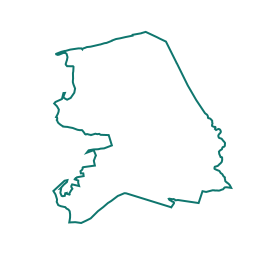 Santa María Cortijo, Oaxaca, Mexico (Natural Earth projection), rotated 254°
{"feature_id": "50627088B48919250536034", "entity_name": "Santa María Cortijo", "entity_type": "district", "adm_level": 2, "iso_a3": "MEX", "parent_name": "Mexico", "parent_adm1": "Oaxaca", "projection": "natural_earth1", "projection_center": [-98.318, 16.434], "detail": "fine", "context": "isolated", "style": "outline", "palette": "teal", "viewbox_px": 256, "rotation_deg": 254, "n_neighbors": 0, "source": "geoboundaries", "source_scale": "gbopen_adm2", "svg_char_len": 4378}
<svg xmlns="http://www.w3.org/2000/svg" viewBox="0 0 256 256"><g transform="rotate(254 128 128)"><path d="M39.8,147.7L42.9,151.4L43.5,151.6L44.2,151.5L44.6,151.0L45.3,150.0L46.0,149.5L46.7,148.8L47.1,148.3L47.9,147.8L48.5,147.7L48.4,148.3L48.6,148.4L47.3,151.1L47.1,152.3L46.2,153.3L45.4,153.7L45.0,156.2L36.4,175.2L46.7,182.2L45.0,185.5L44.8,192.2L44.3,193.8L44.1,194.0L43.7,195.2L43.4,196.4L43.0,197.3L42.7,198.5L42.7,199.3L42.8,200.0L42.9,201.4L42.9,202.5L43.3,203.2L44.0,204.1L44.2,204.9L43.8,206.6L42.0,210.7L43.1,210.5L43.9,210.3L44.7,210.2L45.9,209.7L47.3,208.9L47.8,208.3L48.7,207.9L49.4,207.2L50.2,206.9L51.6,207.1L52.7,207.1L53.8,207.5L55.1,206.6L56.2,206.2L57.2,206.1L58.1,205.6L59.1,204.7L60.2,204.4L61.3,204.1L62.0,203.5L62.5,202.7L63.0,202.1L63.9,201.0L64.8,200.0L65.5,200.0L66.4,200.4L66.8,200.8L66.8,201.9L66.8,202.9L66.8,203.8L67.2,204.5L67.4,205.0L67.8,205.6L68.2,206.4L68.4,207.0L69.0,207.9L69.5,208.7L70.5,209.3L71.5,209.8L72.5,210.0L73.5,210.3L74.0,210.2L74.3,209.8L74.5,209.0L74.7,208.9L75.3,208.9L75.9,208.9L77.6,208.6L78.1,208.6L79.3,208.8L80.2,208.9L80.4,209.2L81.1,210.4L81.4,211.5L81.7,212.4L83.2,213.4L83.5,213.9L83.5,215.0L83.6,215.4L83.9,215.9L84.7,216.4L85.5,216.6L86.4,217.0L87.1,217.1L87.5,216.9L88.4,216.6L89.3,216.1L89.9,215.8L90.5,215.6L91.1,215.4L92.0,214.9L93.3,212.9L94.0,212.6L94.5,212.6L95.5,212.6L96.3,213.1L96.9,213.8L97.4,214.5L97.5,215.0L97.8,215.3L98.4,216.0L99.2,216.3L100.2,216.2L100.8,216.1L101.5,215.7L102.1,214.9L102.0,213.1L101.8,212.1L103.1,211.3L103.6,211.7L104.6,212.3L105.0,212.1L105.5,210.8L106.1,210.1L106.6,209.5L107.4,209.5L108.1,209.8L109.1,210.5L110.3,210.5L111.7,210.9L112.5,210.6L113.5,210.1L114.3,209.6L114.9,208.9L115.3,208.0L115.8,207.7L116.3,207.8L117.2,208.0L118.1,207.9L119.0,207.6L121.0,206.1L136.0,201.3L152.3,197.2L176.6,192.8L176.8,192.7L177.0,192.6L177.4,192.6L200.6,188.3L205.3,183.0L207.1,181.1L215.5,171.5L215.5,167.2L215.4,166.8L216.3,158.1L215.5,157.9L215.6,156.6L216.1,150.7L216.4,145.0L216.8,141.3L216.8,140.7L216.5,136.8L216.3,136.7L215.7,130.7L215.8,130.3L216.0,128.6L215.9,124.5L216.0,123.8L216.4,115.9L216.5,114.3L217.1,110.9L217.1,110.5L216.9,108.9L216.8,106.7L216.5,106.0L216.2,105.8L217.4,105.1L218.2,102.2L219.3,94.0L219.3,88.1L219.5,88.1L219.6,85.8L219.6,84.7L219.1,79.4L218.6,79.3L217.7,80.5L217.5,81.7L217.7,83.7L218.0,86.4L217.7,87.6L217.4,88.6L216.1,89.4L212.8,89.4L209.9,87.9L209.1,87.3L208.8,87.1L206.6,85.7L206.0,85.7L204.2,86.5L203.9,87.6L203.7,88.2L203.4,89.1L203.3,89.5L203.0,90.4L202.9,90.7L202.8,91.3L202.5,92.2L201.9,92.5L200.1,91.9L197.5,91.0L195.9,90.2L192.5,89.3L190.5,88.8L190.4,88.7L188.2,87.9L187.1,87.6L184.7,87.6L183.9,87.7L180.5,88.0L176.9,86.2L176.6,86.0L176.4,85.7L175.0,84.0L174.6,83.5L172.8,81.3L172.7,81.2L172.0,77.3L173.0,76.2L174.5,74.8L176.2,74.7L179.1,77.0L179.4,75.6L174.1,72.5L173.9,71.6L173.9,71.4L173.0,65.4L171.9,63.8L168.5,65.7L164.8,66.6L162.7,65.7L160.9,64.4L158.4,62.0L158.3,61.9L158.1,62.2L157.7,62.7L156.2,62.5L155.8,62.2L155.3,61.7L154.2,62.0L153.8,62.1L153.2,62.1L152.7,62.2L152.1,62.4L150.0,63.8L148.3,65.2L147.6,66.0L147.3,66.0L146.3,68.5L145.8,70.0L145.5,70.5L144.9,71.6L144.8,71.8L143.4,74.6L143.3,74.8L142.2,76.3L140.4,78.7L140.1,79.2L139.3,80.9L138.7,83.0L138.4,83.4L135.4,84.6L134.2,84.9L133.4,85.7L133.4,86.0L133.5,86.8L133.2,87.5L132.6,88.4L131.5,90.5L131.5,90.8L131.4,90.8L131.5,95.0L130.5,96.9L130.3,98.7L129.0,99.8L126.5,107.5L115.7,107.7L115.0,99.4L115.7,96.0L115.8,93.5L116.9,88.9L117.4,84.0L115.6,81.5L116.1,88.9L110.4,89.6L110.2,89.5L110.0,89.1L105.9,86.1L101.0,85.8L102.7,74.0L102.3,73.4L101.4,73.2L100.4,72.2L99.9,71.1L99.6,70.4L97.4,70.2L96.7,72.5L95.6,72.4L94.0,72.1L94.7,65.4L94.0,64.6L93.9,64.5L94.0,64.5L94.3,64.0L94.0,63.5L93.9,63.4L93.5,62.8L93.3,62.9L93.2,62.8L91.2,65.7L89.0,65.0L85.7,65.0L89.2,58.8L88.1,57.7L87.2,57.3L86.8,57.3L84.9,57.8L84.3,57.0L84.2,56.7L81.5,53.8L80.5,53.6L80.2,53.6L80.1,53.4L81.8,50.7L82.5,51.1L82.6,49.7L80.2,48.5L80.3,47.6L80.4,46.5L81.1,45.5L84.3,45.1L88.6,47.2L88.6,46.5L91.2,50.6L92.9,54.4L94.6,55.4L94.8,52.5L88.0,38.9L84.1,40.0L79.0,40.1L77.3,39.5L76.7,39.1L73.1,39.7L71.4,41.8L69.2,45.9L67.5,46.7L66.1,48.2L64.1,49.0L60.7,48.5L57.8,47.6L54.4,46.0L53.4,45.5L52.0,51.4L49.6,56.8L50.5,62.4L51.4,67.2L56.4,76.3L58.8,82.4L61.4,88.0L62.5,91.8L65.5,99.5L65.7,101.6L66.3,106.3L66.2,107.0L65.6,108.4L65.4,108.7L40.0,147.5L39.8,147.7Z" fill="none" stroke="#0f766e" stroke-width="2"/></g></svg>